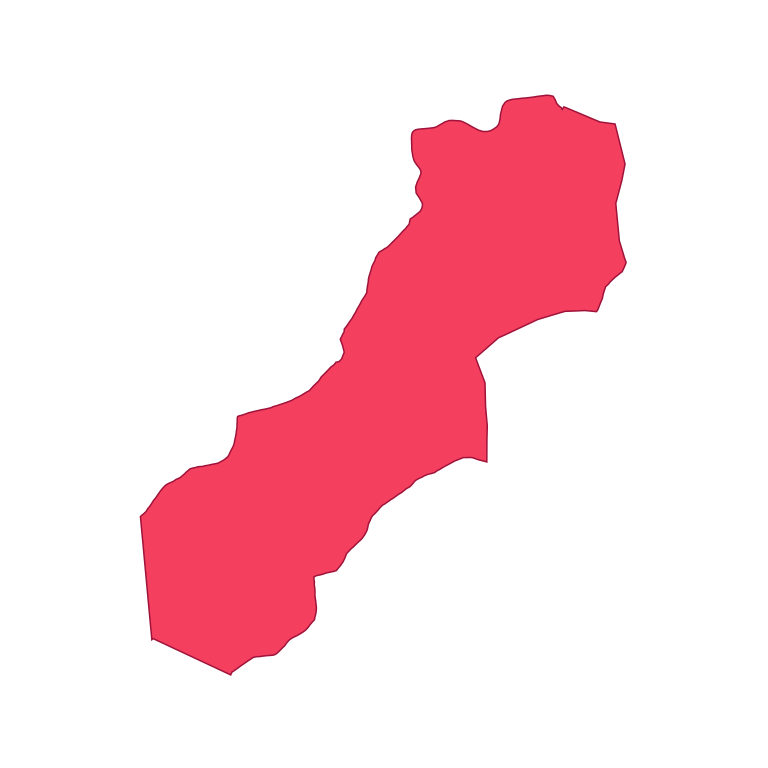 Entrepot, Castries, Saint Lucia, rotated 76°
{"feature_id": "8701671B30362315223491", "entity_name": "Entrepot", "entity_type": "district", "adm_level": 2, "iso_a3": "LCA", "parent_name": "Saint Lucia", "parent_adm1": "Castries", "projection": "mercator", "projection_center": [-60.98, 14.0], "detail": "fine", "context": "isolated", "style": "filled", "palette": "rose", "viewbox_px": 768, "rotation_deg": 76, "n_neighbors": 0, "source": "geoboundaries", "source_scale": "gbopen_adm2", "svg_char_len": 6168}
<svg xmlns="http://www.w3.org/2000/svg" viewBox="0 0 768 768"><g transform="rotate(76 384 384)"><path d="M629.2,603.1L626.9,601.4L625.5,597.6L623.1,591.8L621.2,586.8L619.6,582.5L619.0,580.7L618.8,580.1L617.7,577.2L617.7,575.0L617.7,573.9L618.1,572.2L618.4,570.9L618.7,567.4L618.9,566.0L619.1,564.5L619.8,560.2L620.3,557.4L620.2,556.3L620.1,554.7L618.8,551.9L616.8,548.5L615.3,546.1L614.4,544.4L614.0,543.7L611.7,541.1L609.5,537.9L608.4,535.1L608.0,533.6L607.6,531.8L607.1,529.3L606.0,525.4L604.9,522.1L603.8,519.6L603.2,518.6L602.4,517.3L601.3,515.9L599.7,514.0L597.9,511.5L595.9,508.5L593.2,507.3L591.6,506.4L590.5,505.8L587.4,504.5L585.8,504.0L584.3,503.6L581.7,503.3L577.6,502.7L575.0,502.5L572.1,502.1L569.0,501.2L565.2,500.5L563.9,500.4L562.4,500.3L559.2,499.4L558.4,499.3L556.6,499.2L554.2,498.6L553.6,496.0L553.8,491.9L553.7,488.7L553.4,485.8L553.5,482.6L553.7,477.6L553.6,476.6L553.5,475.4L552.0,473.4L551.2,472.3L549.7,470.3L546.9,467.0L544.7,465.1L542.7,463.5L540.8,462.3L539.5,461.3L539.0,460.6L538.1,459.1L536.3,456.4L535.7,455.3L535.0,453.8L534.2,452.4L533.4,451.1L531.5,447.8L530.7,446.4L530.0,445.0L529.0,443.3L528.6,442.7L525.5,439.1L524.1,437.8L523.4,437.1L521.1,435.4L518.5,434.1L517.8,433.8L515.9,432.8L513.6,430.9L512.4,430.0L510.1,428.2L508.6,426.3L507.4,424.0L504.8,420.1L503.0,417.7L502.1,416.1L501.3,414.9L500.9,413.5L500.3,411.5L499.7,410.1L499.0,408.2L498.1,406.0L497.7,405.0L497.0,402.5L495.9,399.9L494.5,396.4L493.6,393.3L492.1,390.1L491.5,388.7L491.0,387.7L490.0,384.0L488.6,381.5L486.7,378.9L485.5,377.2L485.1,376.5L484.0,372.5L483.7,370.4L483.6,369.7L482.7,366.6L482.3,363.5L482.3,359.8L482.3,359.2L482.2,356.5L481.8,355.5L481.0,353.3L480.7,352.1L480.4,350.7L479.2,347.1L478.5,344.5L477.6,340.9L477.4,340.0L476.9,338.1L476.2,335.5L475.8,334.1L475.6,332.5L475.4,330.8L475.0,327.8L474.6,325.0L474.8,324.1L475.5,321.2L475.9,319.2L476.3,317.7L476.9,316.0L478.7,313.2L479.1,312.6L480.7,310.1L482.1,307.5L483.6,304.7L484.5,303.1L462.2,297.4L460.4,296.9L449.6,293.9L438.0,292.1L430.4,290.9L407.3,285.7L387.8,288.0L384.1,288.4L380.7,288.8L375.7,279.0L366.9,261.8L366.0,257.0L365.8,255.8L358.6,219.2L357.8,202.5L357.3,190.7L359.8,178.9L361.3,171.4L362.9,166.8L365.2,160.4L364.2,159.1L363.6,158.6L362.6,157.8L360.2,156.1L359.3,155.5L353.6,151.3L351.6,150.4L350.8,150.0L348.6,148.8L347.0,147.8L346.3,147.4L345.6,146.9L343.1,145.3L341.5,142.2L339.6,139.8L338.2,137.3L337.0,135.2L336.2,133.7L335.2,131.4L333.6,128.0L332.6,125.7L328.8,122.6L327.2,121.4L324.8,119.7L323.9,119.7L321.3,120.0L320.5,120.1L313.9,120.4L302.1,121.0L277.4,117.3L264.8,115.4L262.5,114.1L244.1,104.0L228.9,96.9L187.6,96.9L182.0,111.1L159.9,140.6L158.6,142.4L160.7,144.6L158.6,145.2L158.1,145.7L157.3,146.4L156.4,147.0L154.9,147.9L154.3,148.2L153.1,148.6L149.7,149.1L145.8,150.2L144.2,153.2L143.9,154.2L143.1,156.4L142.8,159.7L142.1,164.8L141.6,170.7L141.1,174.6L140.9,176.4L140.1,181.0L139.5,186.1L138.9,190.0L138.8,192.6L139.1,196.2L140.0,198.3L143.0,201.7L144.0,202.2L146.1,203.4L150.7,205.8L154.4,207.1L157.3,208.5L159.1,209.4L160.6,210.9L161.9,212.6L162.2,213.6L163.2,216.2L163.6,217.6L164.0,219.2L164.0,222.7L162.9,227.0L162.2,228.1L160.4,231.1L159.2,232.4L156.5,235.5L154.2,237.9L152.9,239.2L151.5,240.7L150.8,241.5L148.8,243.9L147.8,245.3L147.2,246.3L144.8,253.8L144.4,255.6L144.1,257.3L144.3,259.1L144.4,261.3L145.0,263.4L145.6,265.5L146.6,269.1L147.2,270.9L147.3,274.1L146.5,280.1L145.8,284.3L145.4,286.9L145.0,289.8L145.0,291.8L145.5,293.5L145.8,294.3L147.1,295.8L149.4,297.0L152.2,297.9L154.2,298.3L155.5,298.6L163.8,300.4L166.3,300.6L169.7,300.9L173.0,300.9L174.0,300.8L175.1,300.7L177.4,299.9L180.0,298.9L180.8,298.5L182.5,297.7L184.5,297.1L186.0,296.7L187.5,297.0L188.6,297.2L192.2,299.7L196.4,303.1L200.6,305.7L206.5,306.6L210.6,305.1L213.2,304.3L217.0,303.3L218.3,303.1L219.1,303.3L220.5,303.7L221.6,304.2L223.2,305.2L225.3,307.3L229.2,315.7L230.3,318.7L231.5,319.3L235.1,321.0L236.2,322.6L236.8,323.5L237.4,324.3L238.5,325.6L240.0,328.3L241.2,330.1L242.5,332.0L244.0,334.2L245.5,336.6L246.4,338.1L247.2,339.4L248.4,341.5L250.6,345.0L252.2,348.0L252.4,348.8L252.6,349.6L252.9,350.7L254.0,353.7L254.8,356.8L257.3,359.3L259.5,361.5L260.5,362.1L261.9,362.8L264.7,365.3L266.5,366.8L267.2,367.3L269.0,368.3L269.9,368.8L270.6,369.2L272.4,370.3L275.8,372.4L278.6,373.8L280.5,374.4L281.7,374.8L284.8,376.3L288.6,377.8L291.0,378.5L293.1,380.4L295.4,382.8L298.0,385.7L299.6,387.0L300.2,387.5L302.5,389.7L303.5,390.7L304.8,392.0L306.7,393.5L307.4,394.1L308.0,394.7L309.8,396.6L311.1,397.8L312.1,398.6L313.9,400.7L315.1,402.2L318.8,406.3L320.5,408.5L321.0,409.2L322.5,409.7L323.6,410.0L326.0,412.3L326.6,412.7L330.0,415.6L336.8,414.9L343.5,414.9L349.7,419.3L351.1,421.8L351.4,422.4L351.3,423.6L351.2,425.3L352.0,426.2L352.9,427.3L354.4,430.6L354.6,431.2L355.0,431.9L357.8,436.3L361.7,442.7L362.1,443.4L362.9,444.1L365.3,446.7L369.0,453.1L372.0,457.5L372.4,458.0L372.9,460.2L373.1,461.2L374.2,464.5L374.5,465.5L375.2,467.6L375.6,469.5L375.9,470.8L376.2,472.9L376.7,474.5L377.6,477.7L377.7,478.7L377.9,480.3L378.1,482.2L378.3,483.7L378.4,485.5L378.6,486.7L378.8,490.6L378.9,491.3L379.1,493.2L379.1,496.4L379.3,497.7L379.7,499.8L379.6,503.4L379.6,504.9L379.5,506.7L379.3,509.6L379.3,512.2L379.2,516.4L379.2,517.8L379.2,519.4L379.2,521.4L379.1,522.3L379.5,524.8L379.8,528.7L379.9,530.2L379.9,532.5L380.1,533.9L381.5,534.6L383.7,535.2L386.1,535.9L387.6,536.4L390.3,537.1L391.0,537.3L394.1,538.7L396.7,539.6L403.3,542.8L405.6,543.8L408.1,545.5L411.3,548.4L413.5,550.2L415.9,552.2L417.0,553.6L419.1,558.0L419.5,559.9L419.9,561.2L420.1,562.1L420.6,563.7L420.6,565.1L420.6,566.5L420.3,571.1L420.3,574.3L420.0,577.5L420.1,579.8L419.9,580.9L419.3,584.2L419.4,585.5L419.4,586.3L419.4,587.6L419.3,590.1L419.4,592.7L421.6,597.2L423.1,599.6L424.3,602.1L425.0,603.4L425.5,604.4L426.4,609.2L427.3,611.3L427.5,612.3L427.9,614.3L428.1,615.4L428.4,617.3L429.3,620.3L431.0,623.1L433.3,626.3L435.3,628.6L437.9,631.6L438.4,632.1L439.7,633.6L440.1,634.2L441.4,636.0L442.6,637.2L443.5,638.1L446.0,640.9L448.0,643.6L448.9,644.5L450.1,645.6L451.4,647.9L452.1,649.3L453.0,651.1L453.3,651.7L453.7,652.4L575.9,671.1L575.2,669.6L629.2,603.1Z" fill="#f43f5e" stroke="#9f1239" stroke-width="1.5"/></g></svg>